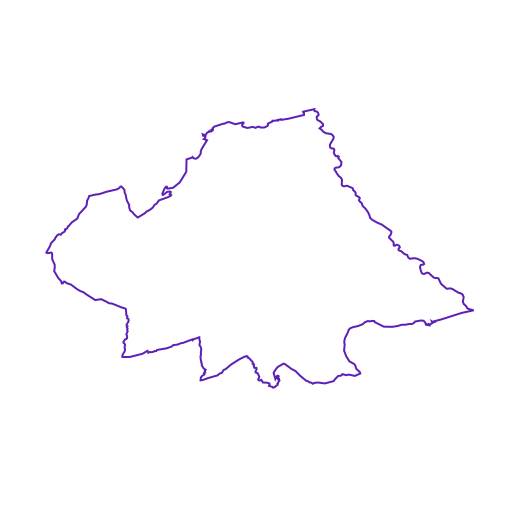 Candesti, Arges, Romania, rotated 351°
{"feature_id": "2599482B17245199742801", "entity_name": "Candesti", "entity_type": "district", "adm_level": 2, "iso_a3": "ROU", "parent_name": "Romania", "parent_adm1": "Arges", "projection": "robinson", "projection_center": [25.189, 45.06], "detail": "fine", "context": "isolated", "style": "outline", "palette": "violet", "viewbox_px": 512, "rotation_deg": 351, "n_neighbors": 0, "source": "geoboundaries", "source_scale": "gbopen_adm2", "svg_char_len": 6121}
<svg xmlns="http://www.w3.org/2000/svg" viewBox="0 0 512 512"><g transform="rotate(351 256 256)"><path d="M462.5,343.7L457.3,341.4L456.4,340.4L455.9,338.7L453.6,335.7L453.2,333.5L454.7,329.0L453.9,326.1L451.6,324.4L450.3,324.0L444.7,319.2L442.9,318.4L439.2,318.2L434.3,312.3L432.7,306.6L431.0,305.9L429.4,305.8L428.0,304.9L423.9,299.7L422.1,299.2L419.1,300.1L417.9,299.6L417.1,298.7L416.6,297.0L416.2,292.6L417.4,290.6L419.9,290.7L420.8,290.2L420.4,288.2L419.2,286.9L415.3,284.2L413.4,283.4L411.9,282.9L407.4,282.8L406.0,281.0L405.5,278.6L403.0,277.4L400.2,274.0L398.6,273.2L397.7,272.3L398.0,271.0L399.4,270.0L399.2,268.8L398.7,267.9L396.7,266.9L394.7,267.6L393.8,267.3L393.6,266.4L394.1,265.4L393.8,263.5L390.3,258.8L390.4,257.8L392.2,256.2L393.3,254.3L393.5,252.8L385.2,244.7L381.2,242.2L376.6,238.6L374.7,236.3L374.4,233.6L373.5,230.3L371.3,226.0L369.2,223.4L368.6,220.2L366.8,218.1L366.4,216.9L367.6,215.1L366.9,213.9L364.2,211.8L363.9,210.9L364.3,209.1L363.9,208.1L362.2,206.0L362.4,205.2L361.9,204.0L356.8,200.8L353.7,201.0L351.9,199.7L351.8,198.9L352.9,194.3L352.3,192.3L350.2,189.9L348.6,186.9L348.2,185.2L347.2,183.5L347.1,182.5L347.5,181.7L348.4,181.3L352.0,181.3L354.2,179.8L355.1,176.6L352.5,172.0L353.3,170.9L352.4,169.9L351.1,170.1L350.3,169.7L349.5,168.2L349.0,165.9L349.8,164.3L350.0,163.3L349.6,162.2L347.5,161.5L346.4,160.7L346.1,159.3L346.6,157.3L350.8,152.3L351.4,150.5L350.7,148.9L349.3,147.3L344.1,145.6L341.7,143.6L340.6,141.6L338.8,139.9L340.6,138.6L342.5,138.0L342.8,136.2L340.6,133.2L338.2,131.5L337.8,130.9L337.6,129.1L337.8,127.9L339.7,126.8L340.0,125.5L339.4,123.7L338.4,122.7L336.6,122.1L336.2,120.7L336.5,120.1L325.7,120.8L325.7,121.5L325.2,121.4L325.7,122.9L325.5,124.2L309.2,125.5L302.4,125.5L302.3,124.9L298.8,125.0L298.9,125.6L293.5,125.0L293.5,125.6L288.5,127.1L288.2,128.7L287.5,129.5L284.2,130.4L281.2,129.9L279.6,129.3L279.5,128.9L277.9,128.6L275.6,129.4L273.3,128.0L267.5,128.2L263.0,126.0L262.7,124.4L264.6,122.7L264.6,122.3L264.0,122.0L256.1,122.6L250.7,119.6L248.7,119.4L245.3,120.4L244.3,120.2L235.0,121.7L233.2,123.0L233.2,124.4L232.9,124.5L232.7,123.9L231.8,124.4L232.5,125.3L231.3,126.0L230.3,125.9L229.6,125.2L229.0,125.7L229.1,126.0L227.1,126.5L224.8,128.8L222.6,127.6L222.8,128.4L222.5,128.8L224.7,130.0L224.2,131.6L222.8,132.3L225.7,134.0L219.0,141.9L217.7,144.3L217.6,145.6L216.9,146.9L214.3,149.5L212.1,150.5L211.0,150.3L209.5,149.6L208.8,148.3L207.8,148.9L202.5,149.7L200.3,161.9L192.3,171.3L184.9,175.6L179.3,175.7L178.8,175.3L178.9,173.8L178.2,173.4L176.6,174.6L173.8,178.8L173.3,179.8L173.3,181.0L174.0,181.1L178.2,178.8L181.2,178.9L181.8,179.3L181.7,180.1L180.4,181.6L181.7,182.6L180.9,183.3L178.3,184.1L168.8,185.9L165.9,188.8L163.8,189.6L161.7,192.0L158.2,193.9L154.5,195.1L153.3,196.2L145.2,199.5L142.0,195.6L140.8,193.3L138.9,191.4L138.5,189.7L138.4,187.0L138.8,185.8L137.4,181.9L137.0,179.9L136.8,174.9L136.2,172.8L136.3,169.8L134.0,166.4L133.1,166.2L131.3,167.6L129.3,168.4L118.2,169.2L110.7,170.4L106.9,170.2L100.5,170.7L99.8,172.4L97.9,174.8L96.8,178.9L95.7,180.7L87.7,187.0L85.3,191.1L79.3,194.0L75.7,197.1L74.8,197.4L74.2,198.7L72.9,199.7L71.5,199.8L71.5,201.1L70.5,202.1L67.7,203.2L66.6,204.4L64.6,203.7L63.2,204.3L60.6,206.7L59.9,208.0L55.6,211.2L54.1,214.0L49.5,219.8L50.5,220.6L54.4,220.6L54.8,221.0L55.0,222.0L54.2,227.2L55.8,233.1L55.3,236.4L54.3,239.3L57.1,246.5L59.7,250.6L59.8,252.7L60.9,252.8L62.3,251.3L63.2,251.4L64.5,253.0L68.8,255.3L73.9,260.6L76.7,262.9L80.3,265.1L82.1,267.1L90.4,274.4L96.3,274.4L101.4,277.9L103.4,279.7L106.3,280.4L114.9,285.6L118.6,287.4L119.2,288.1L118.7,294.2L119.6,295.5L118.9,297.3L120.2,298.4L120.0,300.4L117.4,303.7L117.3,304.7L118.1,305.3L117.2,306.5L117.8,307.6L117.1,309.0L117.5,310.2L115.7,313.0L116.2,315.0L115.7,317.0L114.9,317.7L113.5,318.0L111.6,320.1L111.5,321.0L112.4,322.0L112.8,323.1L112.0,325.3L112.0,327.9L111.3,329.7L109.0,332.4L108.3,333.8L108.3,334.9L115.8,336.0L128.6,334.8L134.0,332.7L134.5,334.7L135.9,334.2L137.8,334.7L139.9,334.5L141.0,334.0L142.5,334.3L143.6,333.3L153.3,333.2L158.7,332.2L160.2,331.1L165.1,331.2L167.4,330.5L170.3,330.4L180.1,328.4L180.3,329.2L181.2,328.5L187.3,327.4L187.0,329.9L187.4,331.6L186.2,335.0L187.2,337.4L187.3,340.2L186.5,342.2L186.3,344.6L185.4,346.7L185.2,350.3L185.5,351.7L185.2,352.5L185.7,354.1L185.3,355.4L186.6,358.7L188.5,360.5L187.3,361.5L187.6,363.2L186.2,363.6L186.4,364.9L184.0,366.0L182.5,367.4L182.2,369.1L181.7,370.0L181.9,370.2L184.5,370.1L189.5,369.1L199.3,367.9L202.1,366.3L203.8,366.2L206.2,363.5L208.3,363.0L214.4,359.3L222.9,355.6L228.8,353.7L231.3,353.4L232.1,354.1L231.9,355.0L233.2,355.9L235.9,359.8L236.2,360.9L235.8,362.0L236.8,362.3L237.1,363.3L236.5,364.4L236.8,366.0L237.4,366.4L238.5,366.3L239.0,366.7L238.7,368.4L237.7,369.5L237.3,370.6L237.7,371.2L239.2,371.9L240.2,375.0L240.3,376.3L238.9,378.0L239.0,379.0L240.2,379.6L241.9,379.2L243.0,382.0L247.2,382.9L248.8,383.7L249.4,384.3L249.4,384.9L248.5,386.3L251.6,387.8L252.4,388.8L254.5,388.2L255.1,387.5L256.9,386.9L257.7,385.5L257.4,385.2L259.7,382.6L259.3,382.1L259.5,381.1L258.6,381.1L259.0,379.3L258.2,379.6L258.2,379.0L257.8,378.7L258.5,378.9L259.5,378.5L259.5,378.1L258.8,377.6L257.5,378.1L255.9,380.5L255.1,374.3L256.0,372.9L259.9,369.1L266.3,366.6L268.0,367.6L273.4,373.1L277.0,375.8L280.9,381.2L286.1,387.1L288.1,388.1L288.9,389.1L290.7,389.7L292.2,391.1L293.1,390.5L297.2,390.6L304.0,392.6L311.9,391.9L313.4,391.5L314.9,389.9L318.5,387.3L320.6,387.5L322.2,387.0L322.9,386.2L326.6,387.9L329.0,387.6L334.9,389.9L340.6,388.4L340.4,386.9L337.4,383.1L336.9,379.6L336.2,378.2L331.7,374.6L329.4,369.0L328.2,363.3L329.8,357.0L329.6,355.1L330.3,352.8L331.2,350.8L334.7,345.9L336.1,343.3L338.1,342.0L341.1,341.4L345.8,341.2L350.9,340.0L353.1,338.5L356.4,337.7L357.8,338.4L360.2,338.2L362.7,338.8L363.0,339.9L371.2,345.8L379.6,347.3L385.2,347.3L389.2,346.7L392.2,347.2L397.8,347.2L399.3,347.6L401.2,347.0L402.9,345.6L408.7,345.5L411.5,346.2L413.2,349.0L412.9,349.5L413.1,350.5L415.8,351.4L415.2,350.3L415.9,350.1L417.3,350.9L419.7,349.7L419.4,348.2L420.6,349.4L422.4,349.0L421.9,348.3L428.5,347.7L450.3,344.4L462.5,343.7Z" fill="none" stroke="#5b21b6" stroke-width="2"/></g></svg>